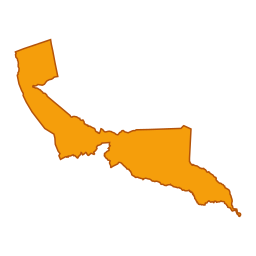 the district of Igembe Central, Eastern, Kenya
{"feature_id": "3690345B70498422733273", "entity_name": "Igembe Central", "entity_type": "district", "adm_level": 2, "iso_a3": "KEN", "parent_name": "Kenya", "parent_adm1": "Eastern", "projection": "orthographic", "projection_center": [38.046, 0.325], "detail": "fine", "context": "isolated", "style": "filled", "palette": "amber", "viewbox_px": 256, "rotation_deg": 0, "n_neighbors": 0, "source": "geoboundaries", "source_scale": "gbopen_adm2", "svg_char_len": 5896}
<svg xmlns="http://www.w3.org/2000/svg" viewBox="0 0 256 256"><path d="M183.8,125.7L183.3,126.0L181.0,128.4L149.5,129.5L136.2,129.8L135.1,130.6L133.5,130.6L132.3,130.9L128.1,132.8L124.9,131.9L123.2,130.5L122.0,130.7L120.6,132.3L119.7,132.5L118.5,134.2L117.8,134.8L115.9,134.3L114.6,133.1L112.0,132.1L111.4,131.6L110.1,131.4L109.3,131.2L109.0,131.3L108.2,131.3L105.9,131.9L105.0,131.9L104.0,131.3L102.6,129.5L102.0,129.3L101.4,128.8L101.0,128.7L100.1,131.9L99.7,132.4L99.4,133.3L99.0,133.2L98.7,132.9L98.4,133.1L97.4,132.4L97.5,132.1L96.9,132.0L95.7,131.3L95.0,129.3L94.5,128.5L91.8,127.3L90.2,126.3L89.3,126.1L88.2,126.3L88.0,126.0L88.1,125.6L87.7,125.1L87.2,125.3L86.9,125.0L86.1,124.8L85.6,124.2L84.5,123.9L84.3,123.6L84.1,122.0L83.7,121.1L83.2,120.8L83.1,120.1L82.7,120.0L81.3,120.4L80.1,119.6L79.8,119.0L79.8,118.4L78.7,118.2L76.7,116.9L74.1,116.4L72.7,116.6L72.3,117.0L71.9,117.2L70.6,116.6L70.1,115.5L47.2,96.3L46.8,95.1L46.5,94.9L46.0,94.2L44.9,93.3L43.8,93.2L43.4,93.2L43.1,93.0L42.7,92.2L41.0,90.8L40.8,90.4L40.3,89.9L39.3,89.6L38.7,89.1L38.2,88.9L37.9,88.5L36.6,88.0L35.3,88.1L35.1,87.8L34.7,87.5L33.0,87.1L32.8,86.8L32.8,86.2L33.3,85.6L35.0,85.9L35.7,85.8L36.8,85.4L37.6,84.6L37.9,84.5L41.7,85.1L42.7,85.1L44.4,84.2L46.7,81.1L47.9,80.4L49.5,79.6L50.8,79.4L51.7,79.1L53.0,78.3L53.9,77.3L55.1,76.9L57.8,76.5L54.9,62.3L52.8,51.1L51.3,44.2L50.6,39.6L24.0,48.6L15.4,51.9L15.6,52.7L16.1,53.2L15.9,53.9L15.5,54.5L15.9,57.1L16.0,57.4L16.9,58.2L17.4,59.0L17.5,59.5L17.5,60.1L18.1,61.4L18.4,63.8L18.2,64.3L18.2,66.7L19.1,68.4L18.8,71.5L18.0,72.6L18.0,74.5L17.3,75.1L17.3,75.6L19.0,83.9L21.6,90.5L23.2,93.3L23.3,94.4L23.1,95.5L26.3,102.2L32.2,112.1L44.8,128.5L53.9,134.1L54.9,138.1L55.3,144.3L58.1,151.1L60.0,153.6L58.9,155.7L60.5,159.4L65.5,156.8L66.8,156.7L66.8,157.1L68.3,157.0L68.3,156.1L70.3,156.0L73.1,154.8L73.8,155.8L74.8,155.5L77.0,157.7L77.4,157.4L77.8,157.9L78.9,156.1L80.1,155.0L81.0,153.5L81.1,152.5L81.5,152.6L81.6,152.8L82.5,154.8L83.5,154.4L84.5,153.6L85.8,152.4L86.2,152.6L87.1,154.3L88.0,155.3L88.3,155.4L89.0,155.1L90.9,153.3L91.6,153.4L94.0,154.4L94.5,153.9L94.4,153.5L93.7,152.2L95.5,150.7L96.0,150.1L96.1,149.5L97.0,148.7L96.5,147.1L97.6,145.5L98.1,145.5L99.8,144.9L100.8,144.4L101.5,143.8L101.9,143.1L109.6,142.5L109.5,142.8L109.3,145.1L109.7,145.4L110.1,145.6L109.8,146.4L108.3,148.4L109.1,148.6L108.9,150.4L107.2,151.3L106.6,151.7L105.8,152.7L104.8,153.2L104.6,153.5L104.4,154.0L104.4,154.4L104.8,155.0L104.8,155.3L104.3,155.8L106.3,158.4L106.8,158.4L107.2,158.8L107.7,159.9L108.8,160.3L109.4,160.4L110.1,160.8L110.1,161.1L109.6,162.3L109.6,163.0L109.6,163.4L110.5,165.2L110.7,166.1L110.7,167.3L111.0,167.5L113.2,166.1L117.7,163.9L118.5,162.7L118.8,162.4L119.6,162.4L120.7,162.7L121.7,163.3L121.8,163.6L123.0,164.6L123.5,165.5L124.6,166.1L125.1,166.8L126.1,167.6L127.0,169.0L127.8,169.1L129.1,169.5L129.3,170.3L129.6,170.7L130.3,171.0L130.5,171.3L131.7,173.9L131.7,174.5L131.9,174.9L133.0,175.7L133.8,175.9L133.9,176.2L134.6,176.6L135.4,177.4L135.9,177.2L136.9,177.4L137.4,177.2L137.9,177.2L138.8,177.8L140.1,178.1L140.5,178.3L142.3,178.7L142.6,178.8L143.0,179.6L143.4,179.4L143.6,178.7L144.5,178.6L145.6,178.2L146.1,178.3L148.1,178.9L149.7,179.1L151.2,180.0L151.7,180.7L152.5,181.1L153.5,181.1L154.9,181.6L155.6,181.3L156.3,181.2L157.3,181.4L157.7,181.6L158.0,181.6L159.0,182.1L159.7,182.3L160.1,182.7L160.7,183.9L161.1,184.2L161.4,184.3L163.2,184.4L164.4,185.3L166.3,185.6L166.7,185.2L167.2,185.2L167.9,184.8L169.7,184.7L170.5,184.3L170.9,185.1L172.7,185.8L173.2,186.6L174.4,186.8L175.3,187.1L176.2,187.1L176.6,187.4L177.3,187.7L179.1,187.5L179.3,187.9L181.0,188.5L181.7,189.5L182.5,190.2L183.8,190.0L185.1,190.8L186.5,190.8L188.3,190.6L189.0,190.2L189.4,190.4L189.7,191.4L190.4,191.3L190.7,191.4L190.7,191.9L190.9,192.3L191.8,192.2L192.0,192.9L192.8,193.2L193.0,193.7L192.7,194.2L192.9,194.6L193.5,194.9L193.8,195.2L193.7,195.6L194.0,195.9L194.6,197.1L194.8,198.6L195.6,199.4L196.4,201.1L197.0,201.7L197.2,202.0L197.1,202.6L197.9,203.0L198.5,204.1L199.3,204.4L199.8,204.5L200.9,204.4L201.4,204.8L202.8,204.7L203.5,205.0L204.9,205.0L205.0,204.4L205.3,203.9L205.2,203.6L205.3,203.2L205.5,203.0L206.8,203.0L207.8,201.6L208.4,201.3L208.7,200.9L209.3,201.0L210.3,202.0L210.7,202.1L211.0,202.2L211.7,201.8L212.6,201.8L213.5,202.6L214.0,202.5L214.1,201.7L214.3,201.3L215.3,201.2L215.7,201.2L216.4,201.7L216.3,202.1L216.5,202.3L218.2,201.9L219.7,201.8L221.0,201.0L222.0,201.5L223.7,201.6L224.3,201.9L224.5,202.2L224.6,203.3L226.0,204.1L226.7,205.0L226.8,205.4L227.4,205.9L227.6,206.3L227.6,206.8L227.8,207.2L230.6,208.1L230.9,209.1L231.4,209.7L231.6,210.4L232.1,210.8L232.3,211.0L232.8,211.0L233.4,210.6L234.6,210.4L234.8,210.3L235.4,210.3L235.8,210.6L237.0,213.8L237.4,214.3L238.8,215.4L238.7,215.8L238.9,216.2L239.7,216.4L240.6,215.0L240.6,214.2L240.3,213.5L239.5,213.0L238.9,213.1L237.8,212.7L237.1,211.6L237.1,210.4L236.9,210.1L236.8,209.2L236.2,209.0L233.7,208.8L233.3,208.6L232.8,207.7L232.6,206.3L232.4,205.9L231.8,205.5L231.7,204.0L231.7,203.1L232.2,201.2L232.0,199.6L231.5,197.9L231.1,197.0L231.1,196.3L229.9,193.8L229.9,192.5L229.6,191.2L228.7,189.7L228.0,189.3L227.4,189.1L226.9,188.6L225.0,187.7L224.7,186.2L224.0,185.9L223.3,184.9L223.0,184.6L222.2,184.5L221.3,183.6L220.5,183.2L220.0,183.4L219.5,183.2L217.6,181.6L217.3,181.1L216.6,180.7L216.1,179.6L216.0,178.8L216.2,178.6L215.9,177.5L215.6,177.3L214.8,177.2L214.2,176.8L213.9,176.5L213.1,175.3L212.4,174.7L211.8,174.5L211.6,174.3L210.0,173.2L209.6,172.8L209.5,172.3L208.5,171.8L207.9,172.2L207.1,172.1L205.4,169.7L204.4,169.3L204.2,168.9L203.8,168.8L203.6,168.4L202.2,168.6L201.8,168.4L201.3,168.6L200.6,168.1L200.0,168.1L198.9,167.2L197.1,166.0L194.7,165.5L194.1,165.1L193.8,165.2L193.5,165.0L193.2,164.6L192.9,164.5L192.5,165.2L192.2,165.2L191.3,164.3L190.7,163.4L190.1,162.9L190.0,162.5L190.1,162.2L189.5,161.5L189.5,158.1L191.0,129.0L183.8,125.7Z" fill="#f59e0b" stroke="#b45309" stroke-width="1.5"/></svg>